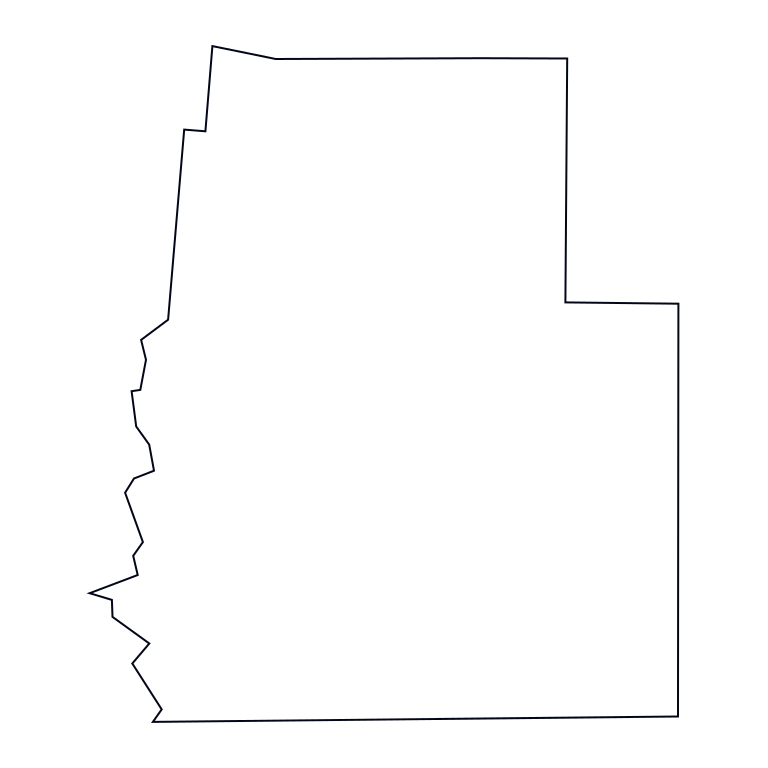 outline of Real, Texas, United States of America
{"feature_id": "52423323B52683952870677", "entity_name": "Real", "entity_type": "district", "adm_level": 2, "iso_a3": "USA", "parent_name": "United States of America", "parent_adm1": "Texas", "projection": "mercator", "projection_center": [-99.949, 29.853], "detail": "fine", "context": "isolated", "style": "outline", "palette": "ink", "viewbox_px": 768, "rotation_deg": 0, "n_neighbors": 0, "source": "geoboundaries", "source_scale": "gbopen_adm2", "svg_char_len": 481}
<svg xmlns="http://www.w3.org/2000/svg" viewBox="0 0 768 768"><path d="M480.6,58.2L275.7,59.0L212.4,46.1L205.4,131.3L184.2,129.6L168.1,319.7L141.1,339.9L146.0,359.8L140.3,389.9L131.6,391.2L136.2,426.5L149.2,444.6L154.0,470.7L134.0,478.5L125.1,492.7L142.9,542.1L133.2,555.8L137.7,575.0L89.6,593.2L111.9,599.9L112.5,616.9L149.3,643.5L132.3,663.5L161.7,709.4L152.9,721.9L678.0,716.5L678.4,303.7L565.4,302.4L567.2,58.5L480.6,58.2Z" fill="none" stroke="#020617" stroke-width="2"/></svg>